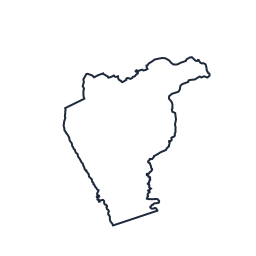 Tuolumne, California, United States of America, rotated 298°
{"feature_id": "52423323B26881284907235", "entity_name": "Tuolumne", "entity_type": "district", "adm_level": 2, "iso_a3": "USA", "parent_name": "United States of America", "parent_adm1": "California", "projection": "albers", "projection_center": [-120.026, 38.034], "detail": "fine", "context": "isolated", "style": "outline", "palette": "slate", "viewbox_px": 256, "rotation_deg": 298, "n_neighbors": 0, "source": "geoboundaries", "source_scale": "gbopen_adm2", "svg_char_len": 5487}
<svg xmlns="http://www.w3.org/2000/svg" viewBox="0 0 256 256"><g transform="rotate(298 128 128)"><path d="M116.1,63.2L115.6,63.6L114.3,64.6L113.2,64.8L112.0,65.5L110.6,66.0L109.7,66.4L109.0,66.7L108.4,66.9L107.6,67.9L106.4,68.1L104.9,68.4L104.0,68.5L102.7,69.0L101.2,69.6L100.3,69.8L99.2,70.6L98.1,71.7L96.9,72.5L96.1,73.0L95.3,74.7L95.1,75.2L94.6,75.5L94.4,76.2L93.7,77.8L93.0,78.9L92.0,80.4L90.9,81.4L90.0,82.0L89.4,82.7L88.8,84.0L88.4,85.0L87.4,86.2L86.0,87.1L85.2,88.6L84.0,90.0L83.8,91.4L82.4,92.6L81.6,94.0L81.4,95.6L79.3,97.4L78.2,99.6L77.1,101.3L76.4,102.3L75.8,103.1L75.6,104.1L75.1,105.1L73.8,106.2L72.9,107.7L71.7,108.6L71.1,109.6L70.7,110.4L71.1,110.5L70.9,111.3L70.3,111.5L69.8,112.7L68.8,115.0L66.8,116.3L66.2,118.3L65.7,120.1L64.5,121.0L63.8,121.5L63.5,122.8L62.9,123.6L62.3,123.7L62.0,124.5L61.9,125.1L60.7,126.6L60.3,127.9L59.2,129.9L59.2,131.2L58.3,131.5L56.8,131.4L55.7,131.5L54.7,132.1L54.6,134.2L54.2,134.7L53.4,134.6L53.2,134.3L53.0,133.8L53.5,133.4L53.3,132.9L52.6,132.7L52.2,133.2L51.9,134.1L51.1,134.5L50.5,134.6L50.5,135.3L51.0,135.8L50.6,136.5L50.0,136.5L49.3,136.9L49.6,137.5L49.9,137.4L50.3,137.3L51.0,137.2L51.1,137.9L52.1,138.8L52.8,139.7L52.3,141.2L51.0,142.0L50.3,142.3L50.0,142.8L49.7,143.3L49.6,144.1L49.9,144.8L49.6,145.4L49.4,145.9L48.9,146.3L48.7,146.1L48.0,146.1L47.4,146.9L46.6,147.4L46.5,148.5L46.2,149.2L45.9,149.9L45.1,150.4L44.2,150.2L43.3,150.6L42.2,151.4L42.2,152.1L41.7,152.9L41.3,153.3L41.1,153.6L40.8,153.9L40.2,154.1L38.8,154.9L37.7,155.8L37.2,156.6L36.9,157.5L36.4,158.3L36.1,159.2L35.0,160.3L34.9,160.5L68.8,192.8L69.0,192.7L69.4,192.0L69.6,191.5L70.1,190.7L70.3,190.1L69.9,189.1L69.2,188.8L68.6,187.9L68.0,187.1L68.0,186.1L68.3,185.3L68.3,185.0L68.7,184.7L69.4,184.9L70.0,185.1L71.4,185.3L72.1,186.2L73.0,186.1L73.8,186.6L74.3,187.3L74.9,188.4L75.7,189.1L76.0,189.8L76.4,190.2L77.4,190.2L78.2,189.7L78.6,188.6L79.0,187.9L78.8,186.6L77.9,185.1L77.2,184.0L76.2,182.4L76.0,181.6L75.6,180.9L75.2,180.4L75.0,179.9L75.0,179.3L74.8,179.0L74.7,178.5L74.5,178.3L74.4,177.9L74.7,177.8L75.1,177.8L75.5,177.8L75.9,177.5L76.4,177.5L77.0,177.8L77.7,177.4L78.2,176.6L79.3,176.4L80.5,176.7L81.4,177.1L81.6,177.2L82.1,176.8L82.0,176.2L82.0,175.4L82.3,175.1L83.0,175.5L83.6,176.0L84.8,176.4L85.3,176.7L85.4,176.3L85.2,176.1L85.1,175.5L85.8,174.3L86.9,174.0L87.3,173.9L87.7,173.6L87.9,173.2L87.7,172.6L87.9,172.1L87.9,171.8L88.2,171.6L88.4,171.8L89.2,172.0L89.4,172.3L89.6,172.3L89.7,172.1L90.0,171.9L90.3,172.0L90.9,171.8L91.3,171.6L91.6,171.7L91.8,171.9L92.3,171.9L93.0,171.8L93.2,171.3L93.2,171.1L93.5,170.9L93.9,170.9L94.0,171.1L94.4,171.0L94.6,170.8L94.9,170.3L95.0,169.8L94.8,169.5L94.6,169.0L94.8,168.9L95.0,168.7L95.4,167.9L95.5,167.7L95.3,167.4L95.2,167.1L95.2,166.8L95.4,166.7L95.6,166.7L95.9,166.7L96.0,166.4L96.1,166.2L96.4,166.2L96.5,166.3L96.4,166.5L96.5,166.8L96.9,167.1L97.2,167.5L97.6,167.7L97.9,168.0L98.3,167.9L98.6,167.9L98.9,167.9L99.3,168.0L99.7,168.1L99.9,168.3L100.2,168.5L100.4,168.7L101.0,168.8L101.4,168.8L101.8,168.9L102.4,168.9L102.5,168.6L103.2,168.3L103.2,168.1L103.4,167.6L104.0,166.9L104.5,166.7L105.0,166.2L105.6,165.6L105.8,165.3L106.2,164.7L106.8,164.3L107.2,163.9L107.0,163.1L107.1,162.7L107.2,162.2L107.5,162.2L107.7,161.6L108.2,161.4L109.2,161.6L109.9,161.9L110.4,162.2L110.5,162.0L110.8,161.8L111.1,161.9L111.3,162.6L111.6,163.3L111.9,163.9L112.5,164.0L113.5,164.2L114.3,164.4L115.4,164.1L116.6,165.0L117.6,165.6L118.6,166.3L121.8,168.1L124.2,170.0L126.5,171.9L127.6,171.8L128.1,171.7L129.1,172.1L129.9,172.3L131.2,172.8L132.0,172.2L132.7,172.2L134.5,171.8L134.9,170.9L135.6,170.4L136.2,170.9L136.6,171.8L137.4,172.2L138.4,172.0L138.9,171.4L139.7,170.9L140.8,171.5L141.5,172.4L142.8,172.9L143.6,172.8L143.8,172.5L144.9,172.0L146.8,171.8L147.8,171.3L148.6,170.7L149.4,170.4L150.8,169.8L153.0,167.9L158.0,166.4L163.4,162.6L163.2,159.5L165.1,157.9L166.5,158.0L167.6,157.1L169.2,156.5L170.7,155.2L171.8,153.7L173.2,150.3L175.4,149.4L178.8,150.7L181.8,153.7L183.7,155.5L186.4,155.7L189.6,154.5L191.7,155.0L192.4,155.5L194.7,157.5L196.9,159.5L198.0,159.3L198.5,159.2L198.9,159.6L199.8,160.6L202.2,164.2L205.1,165.9L207.1,167.1L207.1,169.1L207.3,169.2L209.3,170.8L209.9,174.5L212.4,175.4L213.1,175.2L214.1,174.5L214.3,173.8L214.2,173.2L214.4,172.5L214.8,172.3L215.6,170.7L217.4,169.4L218.7,168.5L220.7,166.5L220.6,164.0L219.7,163.0L219.6,161.3L220.4,159.7L220.6,158.7L221.1,158.5L220.8,157.8L220.0,158.0L219.2,156.7L219.3,155.2L220.3,152.0L220.5,151.1L220.1,150.9L219.7,150.3L219.3,149.4L218.0,148.7L216.1,147.4L214.5,147.6L212.7,146.1L210.4,143.9L207.8,142.1L206.7,140.9L205.4,138.2L205.8,135.5L206.9,132.8L207.0,131.9L207.1,128.2L205.9,125.4L203.7,122.6L201.1,119.5L198.3,118.1L196.5,117.1L194.7,116.0L192.3,115.8L191.8,115.0L190.5,115.8L190.0,116.5L189.2,117.5L188.8,117.2L187.3,116.1L186.0,114.5L186.2,113.3L185.3,112.2L183.8,110.9L182.8,109.1L182.9,108.3L181.8,108.0L181.5,108.6L181.7,109.7L181.7,110.7L180.7,111.0L178.6,110.0L177.2,109.9L176.3,109.3L175.5,108.3L174.1,108.2L172.5,107.1L172.3,105.2L171.9,104.0L170.6,103.3L169.8,103.9L166.8,102.2L165.8,101.4L165.9,100.2L166.4,99.7L166.2,98.6L166.4,98.1L166.3,97.7L166.6,96.8L167.6,95.8L168.9,94.9L168.0,94.1L167.3,93.1L167.2,91.9L167.5,91.5L167.7,90.8L167.0,90.4L165.6,89.4L164.3,88.3L163.5,87.5L163.3,86.5L164.0,86.0L164.0,84.1L164.1,82.2L164.1,80.8L164.5,80.4L160.7,76.9L156.8,74.2L157.6,71.9L156.9,66.9L156.1,65.9L149.9,65.8L147.8,67.5L143.8,68.3L142.2,70.6L139.3,71.4L135.2,73.8L133.3,75.7L116.1,63.2Z" fill="none" stroke="#1e293b" stroke-width="2"/></g></svg>